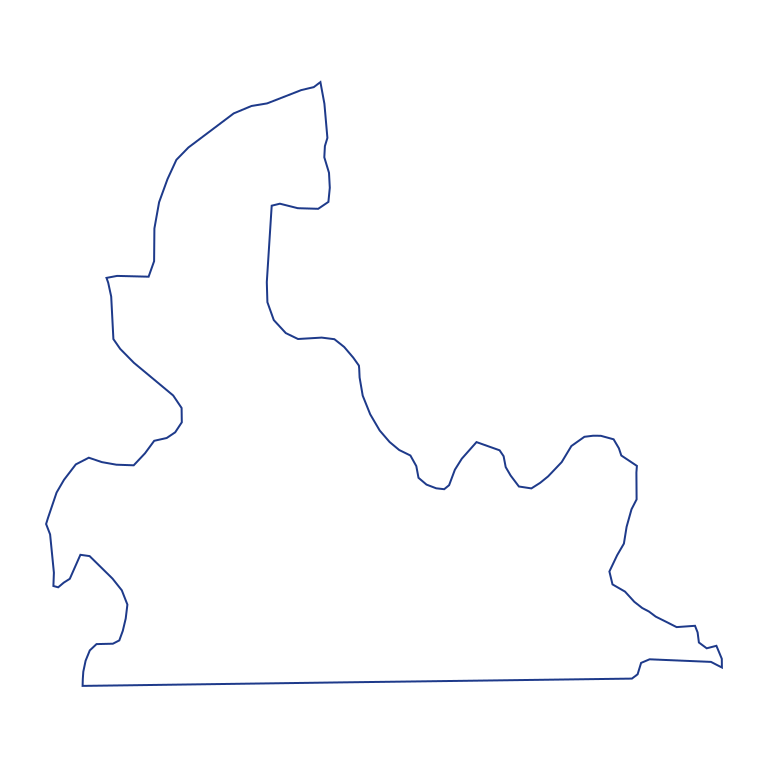 SVG path tracing the border of Sissili
{"feature_id": "BFA-2820", "entity_name": "Sissili", "entity_type": "Province", "adm_level": 1, "iso_a3": "BFA", "parent_name": "Burkina Faso", "parent_adm1": "", "projection": "equal_earth", "projection_center": [-2.182, 11.448], "detail": "fine", "context": "isolated", "style": "outline", "palette": "blue", "viewbox_px": 768, "rotation_deg": 0, "n_neighbors": 0, "source": "natural_earth", "source_scale": "10m", "svg_char_len": 1844}
<svg xmlns="http://www.w3.org/2000/svg" viewBox="0 0 768 768"><path d="M721.9,667.5L717.0,665.0L711.0,661.9L649.6,659.3L641.1,662.9L637.6,674.3L631.9,678.6L556.4,679.6L450.1,681.0L340.7,682.4L223.1,684.0L128.2,685.3L82.6,685.9L82.8,679.0L83.3,671.7L85.6,660.7L89.8,650.4L96.5,644.1L112.9,643.7L119.3,640.4L122.8,630.8L125.7,618.6L127.4,604.6L121.8,590.3L112.5,578.6L89.6,556.1L80.4,554.8L69.8,578.8L63.8,582.6L58.2,587.3L53.4,586.0L53.9,572.7L50.1,534.4L46.1,524.0L48.0,517.9L56.6,492.5L64.0,479.8L75.8,464.4L88.8,457.7L101.8,462.1L116.4,464.7L133.7,465.3L145.0,453.3L154.2,440.8L166.7,438.0L175.2,432.3L181.8,422.3L181.6,408.0L173.2,395.5L133.9,362.8L120.2,348.9L113.4,339.1L111.2,296.6L108.2,282.7L106.5,277.9L117.1,275.9L148.6,276.7L154.1,261.2L154.4,228.5L159.1,202.2L167.5,179.1L176.4,159.8L188.4,147.5L233.7,113.4L251.4,106.0L267.1,103.4L301.2,90.1L313.8,87.1L320.4,82.1L324.4,103.7L327.4,137.9L324.9,146.1L324.3,157.3L329.0,172.8L329.8,187.8L328.4,201.9L318.2,208.8L297.8,208.2L279.9,203.7L271.7,205.7L266.8,282.1L267.4,302.2L273.8,320.1L285.8,333.1L298.0,339.0L321.7,337.6L334.4,339.2L344.2,347.0L353.3,357.7L358.9,365.6L359.2,368.7L359.6,377.5L362.7,395.6L370.2,414.3L379.7,430.5L389.6,442.0L399.2,450.0L410.4,455.5L416.3,466.1L418.5,477.8L426.5,484.6L436.2,488.3L444.2,489.2L449.1,485.2L454.9,469.7L461.8,458.7L476.5,442.1L499.6,450.3L503.6,456.2L505.7,467.1L510.6,475.5L518.9,486.5L531.4,488.4L540.2,482.8L548.1,476.4L561.7,462.1L571.4,446.0L584.4,436.8L593.3,435.7L600.8,435.8L613.6,439.3L618.9,448.3L621.3,455.5L636.9,465.9L636.4,472.5L636.6,499.4L631.5,509.3L626.6,526.8L623.9,543.6L617.1,555.3L609.4,571.5L612.5,584.4L625.0,591.6L634.3,601.8L642.2,608.0L648.9,611.5L655.7,616.6L676.6,627.1L695.0,625.8L697.6,632.4L698.9,642.5L706.7,648.3L716.4,645.8L721.8,658.8L721.9,667.5Z" fill="none" stroke="#1e3a8a" stroke-width="2"/></svg>